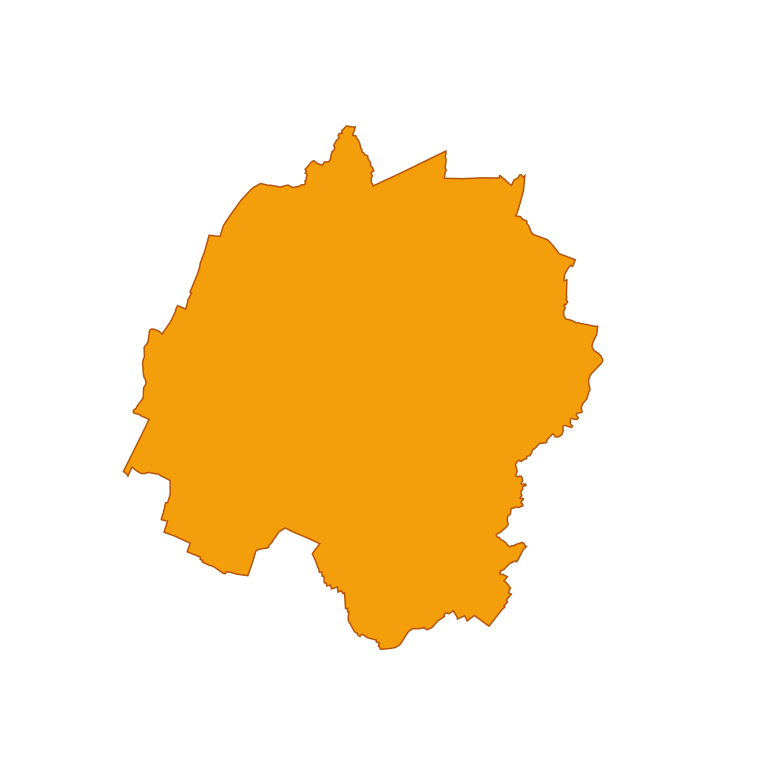 the district of Damnoen Saduak, Ratchaburi, Thailand, rotated 216°
{"feature_id": "78962969B9936317507075", "entity_name": "Damnoen Saduak", "entity_type": "district", "adm_level": 2, "iso_a3": "THA", "parent_name": "Thailand", "parent_adm1": "Ratchaburi", "projection": "robinson", "projection_center": [99.957, 13.565], "detail": "fine", "context": "isolated", "style": "filled", "palette": "amber", "viewbox_px": 768, "rotation_deg": 216, "n_neighbors": 0, "source": "geoboundaries", "source_scale": "gbopen_adm2", "svg_char_len": 6171}
<svg xmlns="http://www.w3.org/2000/svg" viewBox="0 0 768 768"><g transform="rotate(216 384 384)"><path d="M571.6,232.7L570.6,230.6L570.7,221.1L570.2,218.8L571.1,216.4L571.1,214.9L569.7,213.5L563.2,215.6L562.0,215.4L553.3,217.3L550.2,200.5L543.4,160.0L539.4,160.1L537.0,159.0L539.2,168.7L533.1,168.3L528.0,168.9L525.4,170.4L523.6,172.9L521.5,174.7L515.7,177.2L513.7,178.6L511.0,178.5L500.3,180.2L491.9,168.7L489.4,161.0L489.4,160.6L490.9,159.7L489.4,155.7L488.9,155.4L487.7,151.7L486.2,149.0L486.4,148.2L484.6,143.5L484.2,143.4L478.5,145.8L474.9,134.8L464.1,137.9L447.2,141.3L444.6,132.6L430.7,136.0L429.6,134.0L427.0,134.6L426.3,133.2L419.6,134.5L414.3,136.1L404.4,136.4L403.2,136.2L400.8,137.3L401.3,139.4L397.5,141.4L391.2,143.7L381.5,148.9L385.7,162.9L389.5,173.5L388.5,176.0L386.7,178.2L382.3,182.4L381.6,183.8L382.1,186.5L381.6,190.3L382.0,193.6L381.8,195.9L382.1,202.7L379.3,209.5L371.3,210.7L354.4,214.7L342.1,217.0L342.3,204.6L334.1,200.0L330.3,197.1L328.2,196.1L325.6,193.8L323.9,195.3L320.9,192.1L319.9,193.1L319.5,193.0L315.4,188.0L313.7,189.1L311.5,187.0L309.0,189.9L306.1,187.3L302.3,192.4L299.0,188.6L296.5,191.8L294.3,190.1L293.3,191.9L283.1,179.7L281.6,181.0L279.6,178.2L278.2,178.9L276.3,174.8L273.9,171.8L262.6,166.4L260.5,166.3L259.5,166.7L257.8,165.6L255.5,165.4L254.9,166.2L255.0,168.1L254.7,168.8L248.4,169.0L239.6,172.3L238.6,170.7L235.6,171.9L234.6,168.8L232.5,168.5L231.0,167.3L225.0,172.3L220.7,176.6L219.5,178.3L218.2,181.9L217.9,183.5L218.1,188.0L218.7,196.5L218.5,198.7L217.0,202.9L211.7,206.7L209.6,209.3L208.9,209.3L208.6,210.6L206.4,210.3L204.6,210.6L202.3,214.7L201.8,216.6L201.3,223.6L198.4,231.6L199.5,232.1L199.9,232.7L199.1,235.5L196.5,236.3L194.5,241.2L187.6,238.3L186.4,237.0L182.6,244.0L177.4,241.2L174.9,249.8L156.7,249.8L156.0,270.8L155.1,274.4L156.5,274.9L155.9,280.3L158.1,281.1L157.4,288.8L160.4,288.2L161.7,291.5L161.7,293.3L168.6,295.3L171.1,295.2L170.9,300.7L177.0,299.4L178.0,298.3L178.5,298.2L179.1,298.6L179.4,300.5L180.0,301.5L178.7,302.9L178.1,304.1L176.7,313.0L173.5,318.4L172.3,318.3L172.2,319.8L174.0,332.1L173.3,336.3L174.7,335.9L176.6,337.1L179.0,337.2L183.4,331.1L183.5,329.9L185.7,328.1L186.4,326.3L189.0,326.1L190.4,326.8L194.0,327.3L198.4,326.9L200.8,327.6L201.6,326.9L203.1,326.8L203.8,327.3L204.5,328.0L204.2,329.5L202.4,333.2L201.9,336.6L201.3,338.1L200.8,342.2L201.6,344.1L204.0,346.0L206.0,349.3L206.1,350.6L205.2,352.4L205.9,354.3L208.0,357.9L205.9,360.2L205.3,361.9L202.0,363.6L201.4,365.1L200.3,366.4L200.2,367.4L201.1,368.3L203.5,368.6L203.8,370.5L203.3,372.6L203.7,373.0L204.6,373.1L206.4,371.4L207.1,371.6L207.0,374.9L209.0,376.3L210.0,377.6L210.2,378.6L209.8,380.4L210.8,381.3L211.1,382.4L210.6,384.5L209.5,384.8L209.7,385.8L210.8,386.1L211.6,385.8L213.1,383.9L214.0,383.7L214.8,385.0L214.8,386.6L215.3,387.7L217.2,389.3L218.3,389.8L220.0,389.5L221.6,387.1L223.7,387.4L225.0,391.7L230.5,396.3L230.4,398.0L230.8,399.0L230.0,400.8L229.9,401.8L227.4,402.0L226.3,405.9L224.8,407.2L225.8,409.4L225.5,410.2L224.0,411.5L224.0,414.7L225.0,417.5L224.9,418.8L223.9,421.4L223.6,425.6L223.0,427.5L218.5,431.5L218.3,432.7L219.1,434.1L219.2,435.6L218.3,442.5L217.4,442.9L214.3,442.0L213.2,442.4L212.0,443.7L210.5,446.4L210.5,447.8L211.3,451.3L213.3,453.3L213.9,454.6L214.0,455.8L213.2,457.0L208.9,458.2L206.8,459.4L206.5,460.2L207.0,460.8L208.4,460.9L210.6,462.0L212.3,465.0L212.2,465.9L211.6,466.7L208.1,467.9L207.3,468.6L206.7,470.2L207.2,471.0L209.9,471.7L210.8,472.8L210.6,473.9L207.8,476.6L207.3,477.6L207.6,478.2L210.0,480.1L211.1,482.4L211.6,485.6L211.2,491.1L213.5,497.7L214.0,500.6L218.9,504.9L220.8,507.7L222.3,512.1L222.3,514.2L220.3,528.6L220.5,530.7L221.1,532.0L225.1,534.2L227.7,534.7L234.1,534.6L237.6,536.4L238.5,537.8L239.6,540.8L241.1,549.2L245.1,556.3L247.6,554.4L255.5,551.0L257.2,549.9L258.7,549.6L259.7,548.8L262.7,547.8L264.6,546.4L268.8,546.0L272.8,544.6L275.0,543.4L279.6,545.5L279.8,546.7L281.2,547.8L281.6,549.6L281.5,550.4L282.1,552.1L284.5,553.2L284.9,553.7L284.9,554.4L284.0,554.5L283.4,555.1L283.7,556.1L283.5,558.2L286.4,559.7L287.4,562.0L288.1,562.3L297.2,575.7L299.1,573.3L301.5,577.3L302.2,579.0L303.0,583.8L303.0,589.5L300.5,589.9L302.2,596.9L319.4,592.3L321.6,593.4L328.4,595.2L334.7,596.6L336.8,596.7L350.9,592.8L353.9,593.4L355.6,594.2L359.5,596.9L362.6,597.9L363.9,599.4L365.0,599.7L368.7,598.7L371.9,599.6L376.2,597.5L377.7,603.3L384.6,622.0L392.5,635.4L392.8,633.0L395.9,633.9L397.2,632.8L396.6,629.6L398.7,625.4L397.7,620.3L397.8,619.4L412.8,620.9L412.9,620.0L411.8,618.8L411.9,618.3L426.4,608.0L440.2,597.0L456.0,585.9L458.5,590.2L459.3,593.5L461.8,595.0L463.8,599.1L466.1,602.5L467.9,603.5L469.2,606.6L470.9,608.8L495.0,563.5L509.2,537.9L510.9,539.1L512.3,539.3L513.3,540.2L515.3,543.4L515.8,545.8L518.4,546.6L518.6,547.3L517.6,550.6L520.5,552.3L523.1,552.7L524.8,554.7L526.6,556.0L529.3,556.8L531.2,558.9L532.1,558.9L533.8,558.1L536.0,559.0L538.2,558.9L539.6,560.6L541.4,561.2L545.1,564.4L547.9,566.1L550.5,566.8L552.7,568.2L555.5,566.7L558.2,575.0L562.4,572.3L566.0,570.9L566.8,565.2L567.2,564.8L566.8,564.4L566.9,563.6L565.2,562.0L566.3,561.5L567.4,560.3L567.3,558.5L567.1,557.9L565.0,557.0L564.8,556.6L565.0,555.1L565.8,553.2L565.3,551.5L565.3,549.0L564.6,547.2L562.5,546.1L562.0,543.7L562.6,541.1L562.1,540.9L561.7,538.7L559.3,534.3L559.5,533.1L559.3,531.6L560.0,530.7L562.7,528.7L562.5,525.8L563.1,524.4L567.3,523.3L572.2,523.3L573.3,520.2L573.5,514.8L574.1,511.4L572.0,510.6L571.8,508.3L570.0,508.6L569.2,508.1L568.4,505.5L566.9,503.8L567.4,502.0L565.4,499.9L565.7,498.1L567.7,496.8L569.7,492.7L571.3,492.0L572.1,490.0L575.9,488.8L578.6,488.5L581.3,485.5L582.6,483.4L584.4,482.0L592.7,478.1L593.8,477.0L601.7,473.7L604.8,466.9L605.8,463.8L607.7,448.5L607.5,424.8L606.9,417.3L603.4,407.0L612.9,401.5L606.8,385.2L603.7,373.8L601.8,370.0L599.6,363.6L594.9,344.2L593.1,344.3L592.2,337.5L591.7,335.7L590.7,334.3L588.5,328.1L597.1,326.1L596.1,321.2L595.4,320.3L593.3,309.1L592.9,294.0L597.0,294.5L602.8,292.9L604.6,291.5L605.0,290.5L604.9,289.0L600.0,280.0L599.5,277.9L599.6,272.6L593.9,265.3L593.0,261.9L591.6,259.0L584.0,250.1L582.2,248.5L579.3,247.1L577.2,245.1L576.5,243.3L576.2,239.5L571.6,232.7Z" fill="#f59e0b" stroke="#b45309" stroke-width="1.5"/></g></svg>